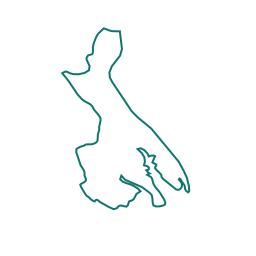 Tombali, Equal Earth projection, rotated 299°
{"feature_id": "GNB-778", "entity_name": "Tombali", "entity_type": "Region", "adm_level": 1, "iso_a3": "GNB", "parent_name": "Guinea-Bissau", "parent_adm1": "", "projection": "equal_earth", "projection_center": [-15.06, 11.313], "detail": "fine", "context": "isolated", "style": "outline", "palette": "teal", "viewbox_px": 256, "rotation_deg": 299, "n_neighbors": 0, "source": "natural_earth", "source_scale": "10m", "svg_char_len": 2361}
<svg xmlns="http://www.w3.org/2000/svg" viewBox="0 0 256 256"><g transform="rotate(299 128 128)"><path d="M208.6,74.0L194.2,84.4L187.5,86.0L174.0,83.9L167.3,84.9L163.4,87.7L160.5,92.0L144.4,123.2L142.0,131.4L138.8,148.6L123.2,188.5L117.8,197.1L113.2,203.4L106.9,209.3L102.7,212.1L100.9,211.8L101.3,208.9L102.4,207.4L103.9,206.4L105.3,205.1L107.7,200.1L108.7,198.9L108.7,197.5L107.5,197.5L106.8,199.5L106.0,201.3L104.8,202.6L103.1,203.4L101.2,203.5L99.4,203.0L98.1,201.7L97.6,199.8L100.4,183.7L101.4,181.1L103.1,179.9L104.2,177.0L104.9,173.8L105.9,171.3L106.8,170.7L108.9,170.9L109.7,170.5L109.8,169.7L109.6,166.8L109.7,166.0L116.5,165.3L116.2,163.4L115.3,162.0L114.3,160.8L113.2,160.1L115.3,157.0L116.6,152.9L116.4,149.0L114.2,146.7L112.7,152.3L110.3,156.5L107.0,159.0L103.1,160.1L104.0,163.6L103.3,165.7L101.7,166.2L99.9,164.5L99.5,165.7L99.1,166.5L98.7,167.5L98.7,169.0L98.0,168.4L96.3,167.5L96.3,171.7L95.3,173.7L93.7,175.1L91.5,177.3L89.6,180.5L87.2,186.7L83.0,194.2L81.2,196.5L79.2,197.5L77.1,196.2L74.6,193.4L72.8,190.1L72.6,187.8L74.4,186.0L79.2,182.8L80.9,181.1L81.8,178.5L83.1,169.0L81.3,150.6L83.1,145.3L79.4,146.0L78.5,149.3L79.0,153.5L79.8,157.2L80.1,160.5L79.9,165.8L78.7,169.6L74.5,167.4L68.8,167.5L67.0,166.8L65.8,165.9L64.9,165.0L64.2,164.5L60.5,165.3L58.5,164.8L57.6,162.4L57.1,160.0L56.0,158.4L54.4,157.5L52.6,157.2L50.1,154.9L49.6,149.6L49.7,139.2L50.2,136.8L50.1,135.4L49.2,134.7L48.2,134.7L47.7,134.5L47.5,133.8L47.4,132.4L47.6,130.1L48.5,127.2L48.6,124.9L49.4,122.9L53.6,115.6L55.3,113.7L56.3,114.0L59.6,116.1L61.5,116.6L63.1,115.9L65.4,112.9L67.0,112.2L68.7,111.0L70.6,108.1L72.3,104.7L73.8,103.2L81.8,94.4L84.7,93.1L85.5,93.5L88.5,95.4L91.2,98.1L92.5,98.7L93.1,99.2L93.6,99.8L96.1,104.0L96.9,104.9L97.9,105.9L99.7,107.1L101.0,107.4L102.1,107.5L108.0,104.7L111.8,103.9L112.7,103.6L114.3,102.6L115.1,102.2L121.4,100.3L122.8,99.4L123.8,98.5L125.5,95.0L127.4,89.8L128.4,88.2L129.0,87.2L129.6,86.4L129.9,85.5L130.2,84.4L130.4,83.2L130.5,81.9L130.3,77.8L130.6,75.1L130.8,73.9L132.9,67.6L140.3,53.2L144.1,43.9L147.0,45.8L147.7,47.8L147.7,50.3L148.5,53.9L151.1,58.8L155.2,63.4L159.7,65.9L163.6,64.3L167.9,58.5L169.5,57.7L172.2,57.9L172.8,58.4L174.6,60.4L175.6,60.9L177.1,60.7L181.7,58.1L185.3,57.0L192.7,56.0L196.4,56.3L203.4,58.5L204.0,61.6L204.0,63.2L204.9,67.0L208.5,73.9L208.6,74.0Z" fill="none" stroke="#0f766e" stroke-width="2"/></g></svg>